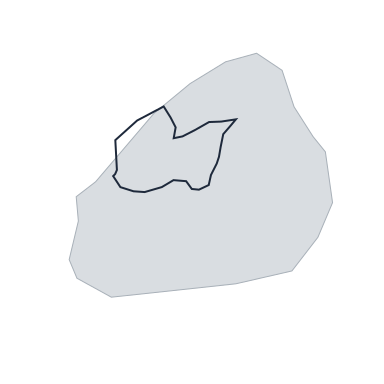 Andorra, with Escaldes-Engordany highlighted, rotated 159°
{"feature_id": "AND-4881", "entity_name": "Escaldes-Engordany", "entity_type": "state/province", "adm_level": 1, "iso_a3": "AND", "parent_name": "Andorra", "parent_adm1": "", "projection": "robinson", "projection_center": [1.58, 42.496], "detail": "fine", "context": "in_parent", "style": "outline", "palette": "slate", "viewbox_px": 384, "rotation_deg": 159, "n_neighbors": 0, "source": "natural_earth", "source_scale": "10m", "svg_char_len": 807}
<svg xmlns="http://www.w3.org/2000/svg" viewBox="0 0 384 384"><g transform="rotate(159 192 192)"><path d="M301.8,229.1L278.3,236.1L199.6,278.9L154.9,293.9L114.0,301.5L82.0,298.4L64.3,273.3L66.2,234.9L59.1,200.2L53.1,181.7L64.6,131.7L90.7,104.6L127.0,82.5L184.0,90.6L305.0,122.7L330.3,152.7L330.9,172.9L308.5,205.6L301.8,229.1Z" fill="#d9dde1" stroke="#a8b0b8" stroke-width="1"/><path d="M259.9,235.1L257.3,236.3L254.2,239.5L245.0,267.9L217.6,278.4L187.8,282.0L185.3,269.2L184.1,258.2L189.8,248.8L180.9,247.3L166.9,248.8L151.0,251.2L139.6,247.3L125.0,244.1L132.0,240.2L142.1,234.8L149.1,223.8L154.2,215.2L158.7,209.7L168.2,201.1L173.9,192.5L184.7,191.7L191.1,194.9L193.6,204.2L205.0,209.7L218.4,207.4L236.2,208.9L246.3,213.6L257.1,222.2L259.9,235.1Z" fill="none" stroke="#1e293b" stroke-width="2"/></g></svg>